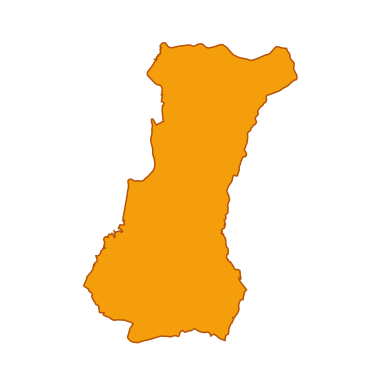 Mehadia, Caras-Severin, Romania, rotated 171°
{"feature_id": "2599482B25799438590169", "entity_name": "Mehadia", "entity_type": "district", "adm_level": 2, "iso_a3": "ROU", "parent_name": "Romania", "parent_adm1": "Caras-Severin", "projection": "albers", "projection_center": [22.39, 44.919], "detail": "fine", "context": "isolated", "style": "filled", "palette": "amber", "viewbox_px": 384, "rotation_deg": 171, "n_neighbors": 0, "source": "geoboundaries", "source_scale": "gbopen_adm2", "svg_char_len": 6013}
<svg xmlns="http://www.w3.org/2000/svg" viewBox="0 0 384 384"><g transform="rotate(171 192 192)"><path d="M205.4,299.8L205.5,297.1L206.6,293.7L207.1,292.8L205.8,292.5L206.9,290.0L208.1,286.0L206.5,285.3L205.8,284.5L206.5,282.2L207.6,282.1L207.6,281.5L208.1,280.3L208.7,277.5L209.3,268.5L209.1,266.2L210.8,265.9L212.0,265.3L216.9,263.8L218.9,269.5L219.8,270.3L220.5,270.3L220.7,269.7L221.0,268.0L220.7,264.4L220.9,263.0L221.8,260.3L222.3,256.4L223.2,253.9L224.0,252.3L224.6,250.1L224.7,248.5L224.1,241.0L224.5,237.1L224.8,235.5L224.6,233.3L224.1,230.8L224.2,226.2L224.7,223.5L225.8,220.9L227.0,219.2L231.6,215.4L233.8,213.8L235.3,213.2L237.7,211.3L239.2,210.6L240.7,210.7L244.4,211.7L245.7,211.6L246.8,211.9L250.4,214.2L251.6,214.4L253.2,213.4L253.6,212.6L253.6,209.3L254.2,205.9L254.9,204.5L258.2,194.2L264.3,176.6L263.4,174.3L263.9,174.2L264.6,174.5L264.0,173.0L264.0,171.4L263.6,170.9L265.1,170.1L266.9,170.4L267.7,170.9L268.4,170.8L268.9,169.9L269.0,169.3L269.8,168.8L270.4,167.8L270.3,167.4L269.4,167.4L268.8,167.0L267.7,165.8L267.3,164.8L267.5,164.1L266.9,164.1L266.7,163.8L267.9,163.1L268.5,163.6L268.7,164.4L269.9,165.0L271.3,164.7L271.5,164.5L273.9,164.3L274.7,165.1L275.0,165.7L275.2,165.0L274.6,163.6L274.7,162.7L275.0,161.3L275.0,160.2L275.4,160.0L275.5,159.2L276.0,159.3L276.5,162.4L276.9,163.2L277.4,163.6L277.9,163.6L278.4,163.1L279.3,162.7L279.7,163.1L280.5,163.2L281.8,161.7L282.0,160.4L282.9,160.9L284.0,161.4L285.3,160.9L286.3,160.0L286.6,158.6L286.5,157.7L286.2,157.2L286.2,156.4L286.8,153.9L286.5,153.6L287.1,153.2L287.9,151.3L287.8,151.1L286.9,151.0L286.5,150.5L286.5,150.1L288.9,150.2L289.4,149.1L291.4,147.7L291.9,145.9L293.2,144.4L295.3,143.5L296.0,143.9L296.9,144.0L296.3,140.0L296.5,138.9L297.0,138.1L298.5,137.4L300.2,135.8L300.2,135.3L299.7,135.0L299.7,134.8L299.8,134.6L300.6,135.0L300.9,133.8L301.6,133.0L301.4,131.7L303.5,129.8L304.0,128.8L308.7,125.0L309.2,124.4L309.5,123.0L310.5,121.2L313.7,116.3L310.9,113.6L310.2,112.7L309.6,112.6L309.2,111.7L309.2,110.2L306.8,107.8L306.6,107.3L306.6,105.7L307.2,105.1L307.3,104.3L307.1,102.9L306.2,100.2L304.7,97.5L304.8,96.9L304.4,95.8L302.1,94.3L301.9,93.6L302.2,91.8L301.9,91.2L302.2,90.8L302.1,88.9L302.3,87.8L302.1,87.5L301.3,87.1L299.3,86.9L297.8,86.4L298.9,85.3L298.6,84.5L297.7,83.5L293.2,81.0L291.9,79.4L290.6,78.3L288.8,77.5L285.5,77.4L279.0,76.1L272.6,72.8L271.5,72.0L270.8,71.0L274.5,67.0L278.2,59.1L278.3,58.1L277.5,56.4L275.7,54.1L273.6,52.9L268.8,51.6L264.8,52.4L255.1,53.2L245.7,54.6L238.4,53.2L236.2,52.3L231.6,52.9L227.8,51.5L227.3,52.1L225.4,55.7L223.4,56.7L223.0,56.8L222.3,55.7L220.8,54.6L220.0,54.6L216.7,55.4L215.2,55.2L214.0,55.3L211.8,56.4L211.0,56.4L210.0,56.0L207.2,53.5L204.5,52.1L201.8,51.2L198.4,51.2L197.5,50.8L196.3,48.9L195.9,46.8L194.0,47.9L193.0,48.1L192.1,47.7L190.4,46.3L188.4,43.9L186.4,42.1L182.5,40.2L182.2,42.0L181.4,44.0L181.2,44.7L180.4,45.5L178.4,45.9L177.8,47.4L177.2,50.5L175.9,53.0L174.1,55.9L172.9,56.5L172.3,58.0L171.5,58.7L170.9,59.5L170.8,60.4L171.2,60.9L171.4,62.3L170.9,61.5L169.5,61.5L168.1,63.2L167.0,64.1L165.4,65.9L164.2,68.2L163.8,69.6L163.8,72.1L163.1,74.2L162.5,75.4L161.3,77.3L160.0,77.9L158.4,77.7L157.0,82.1L155.9,83.8L155.9,85.0L153.4,86.9L158.1,95.5L158.9,97.3L159.1,99.5L158.0,98.1L157.3,98.6L157.3,102.7L157.0,107.0L157.4,107.1L158.7,108.1L160.0,108.5L160.9,108.3L161.3,108.6L162.2,110.1L163.0,112.5L164.5,116.1L167.2,118.9L166.8,119.2L167.8,121.1L168.0,123.0L167.5,124.1L166.8,125.0L166.3,124.9L165.8,125.8L166.0,126.5L165.2,128.9L165.5,130.9L166.5,132.3L166.7,135.4L166.4,136.5L166.1,139.5L166.6,141.1L166.4,141.3L166.7,141.8L166.7,142.3L167.1,142.6L167.5,143.7L167.7,144.7L167.4,145.3L167.7,145.6L168.5,145.4L169.0,145.6L169.2,146.0L169.3,147.2L168.6,146.9L168.7,147.4L168.2,148.3L168.3,149.0L168.9,149.5L167.9,150.3L167.6,150.9L166.7,150.8L165.4,151.6L165.1,152.3L165.4,153.1L165.2,153.9L164.3,153.8L164.3,154.2L164.8,154.5L164.7,155.2L164.1,155.6L164.3,156.7L164.4,157.0L164.5,157.4L164.2,157.7L164.7,159.1L163.2,159.7L162.5,160.9L162.7,163.4L162.4,164.1L161.1,164.8L159.6,166.3L159.7,166.8L159.1,169.6L158.7,173.2L158.4,174.7L156.3,177.9L156.1,179.3L156.5,183.9L157.5,186.8L157.2,188.3L155.1,192.0L151.5,195.7L150.5,197.4L149.0,201.2L148.5,201.8L147.2,201.8L145.8,200.8L144.5,201.0L143.4,203.8L142.5,205.1L141.8,207.0L141.7,208.4L141.4,209.7L139.8,212.1L139.3,214.0L137.9,215.8L137.4,217.1L135.7,218.7L133.4,218.7L132.6,219.7L132.3,220.6L132.3,221.7L132.8,223.5L133.5,224.9L133.5,226.0L130.0,231.9L128.6,236.5L128.1,239.9L128.1,241.1L127.1,242.3L124.7,243.6L123.5,245.8L120.6,248.4L118.7,249.1L118.2,249.6L117.4,250.8L117.5,252.2L118.0,253.8L118.0,254.8L117.2,256.0L114.5,258.4L114.3,259.5L114.6,261.3L114.0,262.2L112.5,263.9L110.4,265.7L108.6,266.5L107.2,268.3L105.0,269.3L104.6,269.9L103.9,271.7L103.8,272.9L104.0,274.1L103.6,274.8L102.7,275.7L96.0,276.9L89.3,278.4L85.7,280.2L80.5,282.0L77.0,284.5L73.8,286.3L71.2,286.7L70.4,288.8L70.3,291.0L72.2,296.7L72.1,298.6L71.0,303.0L72.0,305.3L73.1,306.7L74.0,308.3L74.1,310.0L73.9,311.7L74.1,313.1L74.6,314.5L75.7,316.4L76.2,319.1L79.0,319.7L81.7,320.7L83.1,321.5L85.3,322.2L86.8,322.1L93.5,316.5L95.4,316.0L98.2,315.8L107.3,313.4L112.7,312.7L114.3,313.1L116.7,314.5L124.2,317.3L129.4,320.7L132.0,324.3L134.8,328.9L136.8,331.1L139.1,333.0L139.9,333.1L142.9,332.8L147.5,331.9L152.6,331.6L153.4,331.7L155.6,332.8L158.4,336.3L160.0,337.0L163.5,336.9L167.1,335.6L167.9,335.7L170.3,337.2L172.0,337.7L181.9,338.1L189.7,337.6L190.7,337.9L193.2,339.7L194.4,342.6L195.1,343.4L196.8,343.8L198.1,343.6L200.1,342.1L200.8,340.7L200.8,340.3L199.9,339.9L199.8,339.7L200.3,339.5L200.1,338.7L200.8,338.2L200.8,337.9L201.2,337.9L201.1,334.5L201.9,334.3L201.7,333.2L204.1,332.6L203.8,331.7L204.6,331.4L204.7,331.6L205.9,330.7L205.8,330.1L206.3,329.5L206.0,328.6L206.5,328.0L207.7,328.9L208.0,328.9L207.0,327.7L208.5,326.7L210.1,324.3L213.6,320.7L216.2,318.5L217.4,316.8L217.7,315.2L217.7,314.3L216.8,312.8L211.0,304.6L209.5,303.4L207.1,302.5L206.1,301.5L205.8,301.2L205.4,299.8Z" fill="#f59e0b" stroke="#b45309" stroke-width="1.5"/></g></svg>